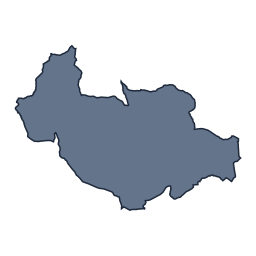 outline of Altina, Sibiu, Romania
{"feature_id": "2599482B30844393553970", "entity_name": "Altina", "entity_type": "district", "adm_level": 2, "iso_a3": "ROU", "parent_name": "Romania", "parent_adm1": "Sibiu", "projection": "mercator", "projection_center": [24.479, 45.949], "detail": "fine", "context": "isolated", "style": "filled", "palette": "slate", "viewbox_px": 256, "rotation_deg": 0, "n_neighbors": 0, "source": "geoboundaries", "source_scale": "gbopen_adm2", "svg_char_len": 5691}
<svg xmlns="http://www.w3.org/2000/svg" viewBox="0 0 256 256"><path d="M175.7,198.9L176.7,198.2L177.6,197.8L180.5,197.1L181.9,195.5L183.1,194.7L185.9,192.0L187.0,191.3L189.1,190.4L191.8,188.7L193.4,187.1L193.2,184.9L197.9,184.6L197.9,183.8L197.7,183.0L198.2,181.8L199.0,181.4L199.8,181.6L199.9,180.9L200.7,180.5L200.9,179.7L201.5,179.1L201.9,178.3L204.6,178.1L205.5,177.8L207.9,176.5L208.5,175.9L209.1,175.7L209.9,176.1L211.2,175.1L211.9,175.1L213.1,175.3L213.3,175.7L213.6,175.4L215.5,176.1L216.4,176.2L216.9,176.6L218.4,176.8L220.2,177.8L220.9,179.0L222.6,180.3L222.9,180.7L224.3,179.6L226.1,177.8L228.4,179.0L231.2,181.3L231.6,181.5L233.9,177.8L235.2,177.1L235.4,176.7L235.4,175.7L234.4,170.2L233.4,163.3L234.7,161.9L235.8,161.4L236.5,161.5L237.5,161.1L239.5,158.9L240.6,158.1L238.9,156.2L238.0,142.0L237.7,141.7L238.3,141.5L238.5,140.4L238.4,138.6L237.8,138.5L236.9,137.8L233.1,135.9L232.5,136.2L231.9,136.0L231.4,136.8L231.3,137.4L227.3,139.5L225.8,139.3L223.6,139.6L222.6,139.4L221.3,138.5L219.7,138.0L219.4,137.7L219.2,137.2L218.2,136.4L217.1,136.3L209.7,131.3L208.1,130.3L206.7,129.8L203.6,128.9L201.6,128.6L198.6,128.8L194.4,129.4L194.8,127.6L194.8,127.0L194.5,126.1L194.6,125.1L194.2,123.1L193.7,122.6L192.9,121.2L192.9,120.0L192.6,119.6L192.7,119.2L191.9,118.6L191.6,118.2L191.7,117.6L190.1,115.4L190.2,114.5L189.6,113.9L188.8,112.9L188.8,112.6L189.3,111.8L191.3,110.8L192.3,110.1L192.8,110.0L192.9,109.5L193.8,109.1L194.8,107.7L195.1,105.7L195.0,103.7L195.2,103.0L194.9,102.3L194.4,99.5L192.7,98.2L191.1,95.7L189.9,94.4L188.7,93.9L187.4,92.9L185.0,92.4L184.7,91.8L182.5,90.5L181.2,90.8L178.5,90.1L175.9,87.9L175.0,86.3L172.8,84.9L169.5,84.8L166.9,85.4L165.3,85.1L164.7,85.2L164.5,85.4L163.7,85.5L163.1,86.6L162.7,87.0L157.4,89.2L156.3,90.7L155.3,91.2L153.3,91.1L151.0,91.8L149.1,91.5L147.4,90.8L146.9,90.8L145.6,90.3L145.0,90.5L144.4,90.1L142.5,90.1L140.8,89.7L140.5,90.6L140.2,90.7L138.5,90.9L137.5,90.6L135.8,90.7L135.1,90.9L132.5,90.7L131.3,90.4L130.2,90.5L128.6,89.7L127.1,88.7L126.7,87.9L126.9,87.5L126.8,86.9L126.0,86.3L126.0,86.1L125.7,86.1L124.4,84.4L123.1,83.7L122.1,82.8L121.1,81.3L121.0,82.0L121.2,82.7L121.4,83.5L122.3,84.5L122.7,86.5L123.0,88.2L122.9,89.2L123.0,90.8L123.5,91.7L123.7,93.0L124.2,93.7L125.1,94.2L125.8,96.1L125.9,97.1L126.7,98.7L126.8,99.5L127.4,100.5L127.4,101.5L127.6,101.9L127.9,103.3L128.5,104.7L128.4,105.3L128.0,105.5L127.2,105.5L126.2,105.2L124.5,105.3L122.5,101.7L121.8,101.1L119.9,100.3L117.0,98.5L116.1,97.4L115.2,96.6L114.3,96.2L113.0,96.2L108.2,97.6L100.7,97.1L99.6,97.5L96.6,97.7L93.4,96.2L90.3,96.5L89.6,96.3L88.1,96.2L85.6,95.1L84.4,95.0L82.4,94.9L81.4,95.4L81.2,94.7L79.7,91.2L79.6,88.7L78.6,86.7L78.2,84.8L78.5,82.2L78.8,81.5L78.6,80.2L79.4,79.5L80.9,77.4L81.1,75.2L81.7,73.4L81.8,72.8L81.0,71.0L78.4,68.7L78.1,68.1L74.4,65.3L74.3,64.7L74.7,63.6L74.6,63.3L74.9,62.0L75.8,60.7L76.3,60.2L76.4,60.3L76.5,60.2L76.0,58.7L75.1,57.9L74.9,57.4L74.7,56.2L75.2,54.4L75.2,52.6L75.4,51.8L75.6,48.9L75.7,48.7L75.1,48.8L73.9,48.2L72.3,46.1L71.8,45.8L70.2,47.2L69.4,48.5L68.5,50.3L67.7,51.3L66.2,52.0L64.8,53.1L62.6,53.8L60.2,55.2L57.5,55.0L54.9,54.4L52.7,54.4L51.1,53.6L50.9,53.7L50.9,54.2L51.4,54.7L50.3,56.6L49.8,56.9L49.4,57.6L49.2,59.4L49.5,59.8L49.2,60.3L48.8,60.8L47.4,61.2L47.0,61.8L47.0,62.0L45.5,62.6L43.2,64.1L43.6,64.8L43.4,65.6L43.4,67.1L42.7,69.1L42.3,69.4L42.3,69.9L42.8,71.4L42.2,72.9L41.6,73.6L40.6,74.3L40.4,74.7L39.4,75.5L39.2,76.1L38.4,76.5L36.2,78.7L35.7,80.2L36.1,81.5L36.1,82.3L36.0,82.8L36.1,83.1L35.9,83.6L36.2,84.6L36.0,85.6L36.2,86.3L35.8,87.6L35.9,89.1L35.6,89.6L35.6,90.0L35.3,90.1L35.1,90.9L34.4,91.6L34.5,91.9L34.3,92.3L34.2,92.5L34.0,92.4L33.3,93.3L33.4,94.3L32.8,94.8L32.3,95.5L31.4,95.9L30.8,95.7L29.8,96.3L27.7,96.4L26.8,96.9L25.7,97.9L25.3,97.8L24.7,98.0L23.8,98.7L20.8,98.2L18.4,98.3L18.4,99.1L17.5,100.0L17.4,100.5L16.7,101.3L16.6,101.7L16.7,102.4L17.9,102.8L18.1,103.1L18.2,103.8L18.7,104.3L18.7,104.5L18.1,105.5L16.1,107.0L15.4,108.1L15.4,108.4L16.1,109.9L17.2,110.6L17.2,110.9L17.7,111.6L17.5,111.9L17.9,112.7L18.3,112.3L18.7,112.5L19.1,113.4L19.8,114.1L20.4,115.2L20.3,115.5L21.3,116.4L21.3,116.9L21.1,117.1L21.1,117.3L21.4,117.2L22.0,119.4L22.4,120.0L22.9,120.3L24.2,123.4L24.0,123.6L25.0,126.8L27.8,133.0L28.0,134.0L27.7,136.2L27.8,136.7L30.7,139.0L32.0,139.7L32.2,140.0L32.5,140.0L34.0,141.1L34.8,141.3L38.8,141.5L40.2,141.2L44.5,140.8L45.3,140.6L49.8,140.5L50.6,140.5L53.5,141.8L53.6,141.4L53.8,140.1L54.6,138.7L55.0,137.8L54.5,133.8L55.3,133.5L55.3,133.0L55.7,132.7L56.8,134.8L57.5,137.2L58.4,138.8L58.7,139.5L58.9,141.4L58.4,142.9L58.3,144.1L58.7,145.1L59.6,146.3L59.9,147.1L60.2,149.8L59.5,151.5L59.5,152.9L59.8,154.4L59.8,155.8L60.2,156.3L61.9,157.8L64.5,158.5L65.4,160.0L66.5,160.5L67.2,161.8L67.7,163.1L68.5,164.2L72.0,168.8L75.1,172.3L75.8,174.0L76.5,175.2L77.9,176.2L80.4,178.8L81.7,180.5L81.9,180.9L82.4,181.2L82.9,181.8L88.5,183.8L97.4,187.7L99.9,188.4L103.8,188.9L111.7,191.8L112.9,192.9L113.9,194.9L114.6,195.5L116.5,195.9L118.0,196.8L119.2,197.0L119.4,197.6L119.9,200.7L120.8,203.0L121.7,205.9L121.7,206.6L121.5,207.7L121.5,208.7L123.7,206.9L123.8,207.1L124.8,207.4L129.7,210.1L130.0,210.2L131.1,209.7L133.2,209.4L136.3,209.5L136.8,209.2L143.7,208.7L144.4,209.0L144.7,208.5L144.7,208.1L143.2,207.2L143.1,206.1L143.4,205.6L144.6,204.5L145.0,204.4L145.4,203.3L145.9,202.7L145.8,202.2L145.3,200.6L147.9,200.4L150.0,199.9L160.4,194.4L162.9,192.3L166.0,187.4L167.3,186.6L168.8,186.0L170.4,186.0L170.9,187.5L170.8,188.3L171.0,189.1L170.7,189.7L170.7,190.2L170.3,191.3L170.1,193.1L169.9,193.5L169.8,193.9L170.0,194.1L169.9,194.7L170.2,195.0L170.2,195.5L171.0,196.5L172.1,197.3L172.5,197.3L173.2,198.4L174.0,198.9L174.8,199.0L175.7,198.9Z" fill="#64748b" stroke="#1e293b" stroke-width="1.5"/></svg>